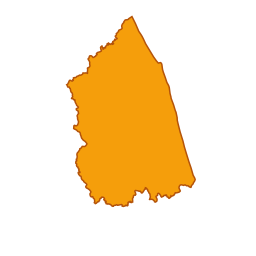 outline of Mahanoro, Atsinanana, Madagascar, rotated 321°
{"feature_id": "10022922B42807663031303", "entity_name": "Mahanoro", "entity_type": "district", "adm_level": 2, "iso_a3": "MDG", "parent_name": "Madagascar", "parent_adm1": "Atsinanana", "projection": "mercator", "projection_center": [48.476, -20.043], "detail": "fine", "context": "isolated", "style": "filled", "palette": "amber", "viewbox_px": 256, "rotation_deg": 321, "n_neighbors": 0, "source": "geoboundaries", "source_scale": "gbopen_adm2", "svg_char_len": 5722}
<svg xmlns="http://www.w3.org/2000/svg" viewBox="0 0 256 256"><g transform="rotate(321 128 128)"><path d="M147.7,210.4L148.3,209.0L148.9,205.7L151.9,198.6L154.0,192.8L157.6,183.8L159.9,178.2L162.5,172.7L166.1,163.7L169.8,155.7L171.2,152.9L172.7,150.9L175.2,146.0L175.7,144.2L178.0,138.6L180.2,132.0L180.9,130.9L182.4,127.6L185.6,122.4L186.3,120.5L186.9,117.0L188.7,112.3L190.7,106.5L191.7,104.2L194.2,100.1L194.7,98.7L194.4,97.6L192.4,96.6L192.3,93.8L192.6,88.9L194.7,73.6L196.0,68.5L196.6,65.6L196.9,63.3L197.2,59.7L199.5,51.5L201.2,43.9L197.5,43.5L196.9,43.7L196.0,43.6L193.8,42.3L191.7,42.8L191.3,43.3L188.8,43.8L187.4,44.7L186.8,45.5L186.3,46.7L185.9,46.9L184.9,47.0L182.7,46.3L182.1,46.3L181.4,47.1L179.9,47.1L179.0,47.4L178.3,47.3L177.6,48.4L177.0,48.6L175.9,48.6L175.8,48.8L175.6,49.7L175.9,51.3L175.8,51.7L175.5,51.7L174.8,51.4L174.1,51.3L173.6,50.7L173.3,50.8L173.2,51.6L170.5,51.3L169.9,51.9L170.0,53.0L169.8,53.4L168.8,53.3L168.6,53.2L168.7,52.5L168.5,52.0L168.0,51.9L167.2,52.2L166.7,51.3L166.3,49.8L166.1,49.9L165.6,51.0L164.9,51.0L164.8,50.7L164.9,50.4L165.4,49.6L165.1,49.4L164.9,49.4L163.5,50.5L161.9,50.4L161.0,51.5L160.6,51.3L160.2,50.6L159.9,50.6L159.0,51.2L158.5,51.2L158.3,51.1L158.3,50.8L159.0,49.5L158.9,48.7L159.4,48.0L159.2,47.8L157.9,47.9L157.3,48.2L156.5,49.6L156.2,50.9L155.9,51.3L155.5,51.4L154.9,51.2L154.3,51.2L152.0,50.2L150.6,50.2L150.3,50.4L150.3,51.3L150.1,51.5L148.7,51.4L147.9,51.9L147.0,51.5L146.0,51.6L145.2,51.2L145.2,49.9L144.9,48.8L144.0,48.0L143.4,47.9L142.5,48.4L141.9,49.0L140.9,49.0L140.5,49.2L140.2,49.7L140.1,51.3L139.8,52.3L139.5,53.0L138.5,54.1L137.6,55.7L136.8,56.2L135.3,56.3L134.4,55.9L134.1,56.0L133.7,56.8L132.4,58.3L132.0,58.5L131.1,59.9L130.9,60.0L130.1,58.8L128.6,57.8L127.7,56.9L126.8,57.5L125.5,57.5L124.2,57.0L123.8,56.5L123.5,56.4L122.0,56.2L120.9,55.7L119.7,55.9L118.8,55.7L118.1,55.1L117.2,54.7L116.7,55.4L116.4,55.6L115.5,55.7L115.4,56.5L114.1,56.4L113.7,55.8L113.3,54.7L112.5,54.2L111.3,54.7L110.6,55.2L109.6,55.5L109.1,55.9L108.0,55.9L107.6,55.8L107.5,56.8L107.0,58.1L107.1,58.4L108.0,59.1L107.7,60.2L108.0,60.9L107.5,61.7L107.3,62.4L106.9,62.8L106.4,64.2L106.6,65.4L106.4,66.1L106.0,67.1L105.3,67.6L104.7,68.9L103.1,69.3L102.7,69.6L102.8,69.8L103.7,70.6L103.5,71.7L104.3,72.4L104.4,72.9L104.2,73.2L103.8,73.3L103.6,74.1L103.1,75.1L102.9,76.6L102.4,78.0L102.6,80.5L102.1,80.9L101.8,80.9L100.0,80.5L99.7,80.7L99.3,81.5L99.9,83.7L99.3,84.4L99.0,85.2L98.7,85.6L97.6,85.8L96.1,86.5L95.4,88.1L94.5,89.2L93.5,92.0L92.3,93.0L90.7,93.9L89.5,93.9L88.8,93.5L88.3,92.4L87.9,92.2L87.5,92.2L86.4,93.2L85.8,94.0L85.5,94.2L85.6,94.9L86.4,96.4L86.8,97.6L86.8,99.0L87.2,99.8L87.7,100.4L87.8,101.1L87.6,102.0L86.9,103.1L86.6,104.2L85.6,106.6L85.6,109.3L86.2,111.2L86.3,112.5L86.2,114.3L85.6,114.8L83.6,115.3L82.3,114.9L81.8,114.3L80.9,113.5L79.0,114.1L77.5,113.8L76.8,114.5L74.2,115.3L72.9,115.5L72.2,115.9L71.3,116.8L71.0,117.7L70.0,118.8L69.5,119.2L69.0,119.7L68.4,119.9L67.9,120.6L67.8,120.3L67.3,121.0L66.8,121.3L66.6,121.2L66.4,121.3L65.3,122.4L65.3,123.0L65.5,123.7L64.5,124.6L64.2,125.4L64.1,125.9L64.5,126.9L64.1,127.3L64.1,128.2L63.9,128.5L64.0,129.2L63.3,129.6L63.1,130.0L63.0,130.5L62.9,132.1L62.5,132.3L62.2,132.1L61.9,131.9L61.6,131.2L61.4,131.2L61.2,131.3L60.7,132.3L60.5,133.2L60.5,134.9L61.0,135.7L61.0,136.0L60.8,136.6L59.9,138.1L59.8,139.6L60.2,141.2L59.9,141.7L59.9,142.3L60.6,145.2L60.3,146.2L58.3,146.9L58.0,147.5L58.0,148.5L58.5,149.4L59.2,151.8L59.1,154.0L58.6,154.6L56.9,155.3L56.0,157.0L56.0,158.1L56.2,158.5L57.3,159.1L57.3,159.6L56.9,160.6L57.1,161.8L57.0,162.3L55.9,164.2L54.9,164.7L54.8,165.0L55.0,165.3L55.0,166.2L55.2,166.3L56.1,166.5L58.0,166.3L58.8,166.8L59.2,166.5L60.0,166.6L61.8,165.3L62.4,165.3L63.0,165.6L64.0,165.2L64.9,165.9L65.3,166.5L65.4,167.8L65.0,168.5L64.3,168.3L64.1,168.5L64.2,169.2L64.1,169.6L64.4,169.9L64.4,170.4L64.8,171.2L64.3,171.7L63.9,171.2L63.8,171.3L63.7,171.8L63.8,172.3L63.4,172.9L63.4,173.2L63.9,173.4L64.1,173.6L64.1,174.1L65.1,174.7L65.3,175.2L66.0,175.7L66.0,176.3L66.4,177.0L66.4,178.3L66.9,179.3L67.4,179.6L67.8,179.3L68.6,179.5L69.9,180.3L70.8,180.4L71.0,180.7L71.2,181.4L71.6,181.7L74.7,183.3L75.0,184.3L74.4,184.8L74.3,185.0L75.0,186.0L76.9,186.8L77.8,186.7L78.1,187.5L78.6,188.1L79.1,188.1L79.5,187.8L79.7,187.1L80.2,187.1L80.8,186.5L80.9,186.1L81.5,185.9L81.9,185.9L82.6,186.5L83.3,186.3L83.5,186.4L83.1,187.3L83.4,187.4L83.6,187.3L84.0,188.3L84.4,188.3L84.6,188.0L85.1,188.4L86.1,187.1L87.1,185.7L88.5,185.2L89.5,184.2L90.6,184.1L90.9,184.3L91.4,184.8L92.3,184.5L93.1,182.9L93.2,182.1L93.6,181.4L94.1,181.2L94.6,181.3L95.6,182.5L96.1,182.9L96.9,184.3L97.6,184.6L97.8,185.2L97.6,186.7L97.9,187.3L99.5,187.2L102.7,186.0L103.1,186.4L103.4,186.2L104.0,185.4L104.2,185.6L104.5,187.1L104.1,187.8L104.4,188.4L103.8,189.4L103.9,190.1L103.4,191.8L103.5,193.1L102.3,195.0L102.2,195.5L99.8,197.1L100.0,197.4L101.0,197.7L102.1,199.1L102.4,200.0L102.5,201.4L102.2,202.1L102.8,202.9L104.2,203.0L104.9,202.6L105.8,201.6L106.5,199.0L107.3,198.7L108.5,199.0L109.6,197.8L110.1,197.7L110.7,198.0L111.0,198.9L110.9,200.8L110.5,202.1L110.6,202.8L112.5,203.3L113.3,203.0L113.8,203.1L114.3,203.8L114.6,204.0L114.9,203.8L115.4,203.9L115.7,204.4L115.2,205.6L115.1,206.3L115.7,207.0L115.5,208.0L115.7,208.5L116.8,208.6L117.2,208.4L117.6,208.6L118.0,208.2L118.7,208.4L118.8,208.1L119.0,208.5L121.3,209.2L121.7,208.9L123.0,208.6L124.0,208.1L125.0,209.0L126.1,209.5L127.3,210.0L128.5,210.0L129.0,209.8L129.9,206.6L131.1,205.6L132.5,205.2L133.1,205.4L133.9,205.9L135.2,207.7L136.2,207.9L136.6,208.2L137.2,209.8L137.6,210.2L138.2,210.5L138.4,210.9L138.6,212.4L139.0,212.6L139.2,213.4L139.5,213.7L140.0,213.6L141.1,212.7L143.4,212.4L144.7,211.6L145.9,211.4L147.7,210.4Z" fill="#f59e0b" stroke="#b45309" stroke-width="1.5"/></g></svg>